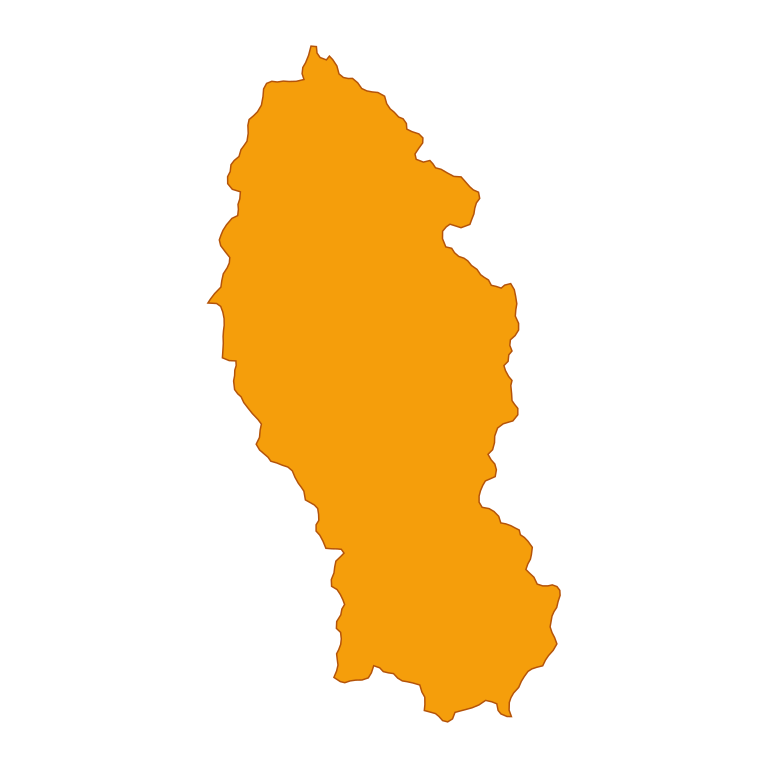 outline of Aiuruoca, Minas Gerais, Brazil
{"feature_id": "56859067B43172679748433", "entity_name": "Aiuruoca", "entity_type": "district", "adm_level": 2, "iso_a3": "BRA", "parent_name": "Brazil", "parent_adm1": "Minas Gerais", "projection": "orthographic", "projection_center": [-44.641, -21.953], "detail": "fine", "context": "isolated", "style": "filled", "palette": "amber", "viewbox_px": 768, "rotation_deg": 0, "n_neighbors": 0, "source": "geoboundaries", "source_scale": "gbopen_adm2", "svg_char_len": 4060}
<svg xmlns="http://www.w3.org/2000/svg" viewBox="0 0 768 768"><path d="M316.4,46.6L311.0,46.1L308.6,55.3L305.6,62.7L302.8,67.5L302.1,73.7L304.0,79.5L296.3,81.3L289.1,81.5L283.3,81.1L277.3,82.0L271.8,81.3L266.6,83.4L263.6,88.9L263.0,96.6L261.4,105.2L257.5,111.8L253.5,115.8L249.1,119.5L247.9,125.3L248.2,133.4L247.0,141.2L243.7,146.0L241.0,149.6L239.0,156.5L234.2,160.5L231.0,164.7L230.2,171.6L227.6,176.7L227.7,183.7L232.3,189.3L240.4,191.8L239.8,198.9L238.0,204.4L238.4,209.4L237.7,215.6L231.9,218.4L226.5,224.8L223.0,230.3L221.1,234.8L219.3,239.9L220.7,245.7L225.6,252.2L229.8,257.5L229.3,263.0L227.2,267.8L223.3,273.8L221.8,280.6L220.9,287.1L214.7,293.5L210.5,299.0L207.9,303.0L216.6,303.5L220.7,306.4L222.8,312.0L224.1,318.6L224.2,325.4L223.5,330.7L223.1,336.4L223.3,343.3L222.9,350.4L222.4,357.8L229.2,360.6L235.9,360.9L236.2,365.5L234.8,370.2L234.6,375.7L233.6,381.0L234.6,389.6L237.8,393.9L241.1,396.8L243.8,402.6L248.1,408.2L252.3,413.5L258.0,419.5L261.4,424.1L260.2,429.8L259.5,437.4L256.2,444.2L259.6,450.0L264.5,454.2L268.0,457.2L270.8,461.2L276.9,463.0L282.3,465.2L287.8,467.0L292.3,470.8L295.0,477.3L298.4,483.4L301.2,487.1L303.9,491.2L305.4,499.9L309.5,502.2L314.4,505.0L317.7,508.5L318.6,514.4L318.8,520.4L316.1,524.8L316.1,531.1L319.8,535.2L323.0,541.2L325.9,548.3L331.9,548.8L337.0,548.9L341.3,549.3L344.0,553.1L340.4,556.8L335.9,561.1L334.7,567.1L334.0,572.9L331.3,579.6L331.6,586.3L337.1,589.6L340.4,594.6L342.9,599.8L344.6,604.5L341.9,609.0L340.8,614.9L336.7,621.5L336.4,628.4L340.6,632.4L341.3,638.9L340.7,644.4L338.7,649.7L336.6,653.8L337.3,659.8L338.0,665.1L336.6,671.0L333.9,677.4L340.3,681.6L344.8,682.7L350.2,680.9L355.9,680.1L362.0,680.0L368.3,677.9L371.4,672.8L373.7,665.7L379.7,667.8L383.3,671.6L388.2,672.8L393.5,673.6L397.7,678.1L402.3,680.9L407.1,681.7L412.6,682.9L419.8,685.0L421.9,692.0L424.8,697.2L424.9,704.6L424.3,710.5L431.0,712.3L435.5,713.6L438.9,716.4L442.6,720.6L447.7,721.9L452.5,718.9L455.0,712.4L459.7,711.1L465.4,709.6L472.0,707.8L479.0,704.9L485.6,700.4L491.8,701.8L496.8,703.8L498.1,710.4L500.9,713.9L507.0,716.5L511.4,716.6L509.1,710.1L509.3,702.5L510.9,697.7L513.6,693.0L518.7,687.4L521.4,681.2L524.3,676.5L528.0,671.4L531.9,668.9L536.7,667.3L542.7,665.8L545.5,660.0L548.5,655.6L553.2,650.3L556.9,643.9L554.6,637.6L552.0,632.6L550.1,626.9L551.0,621.8L552.0,616.1L554.0,611.6L556.7,607.5L558.1,601.5L560.1,595.4L559.8,590.4L557.0,586.6L552.3,584.9L547.8,585.9L542.7,585.9L537.2,584.1L533.9,577.2L529.6,573.2L525.9,569.5L527.8,564.0L530.4,559.2L531.4,554.6L532.3,547.3L528.0,541.3L524.4,537.5L520.4,534.8L519.2,530.0L515.0,527.9L510.9,525.7L505.9,523.9L500.8,522.9L498.7,516.3L494.0,511.5L489.1,508.6L482.1,507.3L479.1,502.2L479.1,496.0L480.5,490.7L482.8,485.3L485.4,480.9L489.4,479.2L495.2,476.6L496.4,469.8L494.8,464.0L491.1,459.8L488.0,454.3L492.6,449.7L494.5,442.7L494.7,436.1L497.6,428.0L503.2,423.8L508.1,422.3L512.9,420.9L517.8,414.8L517.8,408.4L514.6,404.4L512.0,400.6L511.6,393.6L510.8,385.5L512.0,380.5L508.6,376.4L505.5,370.7L503.9,365.6L508.1,361.3L508.8,354.8L512.0,351.0L509.8,345.4L510.4,339.8L515.1,335.6L518.6,330.0L518.6,323.4L515.3,316.1L515.8,309.8L516.8,303.8L515.6,296.1L514.3,289.7L510.7,283.6L504.7,285.1L501.2,288.1L496.1,286.4L491.3,285.3L488.5,280.0L484.1,277.3L480.6,274.7L477.0,269.4L471.5,265.5L467.8,260.9L464.0,258.2L458.7,256.4L454.5,252.7L451.7,248.3L445.8,246.9L442.5,238.7L442.6,231.2L446.3,226.8L450.0,224.2L455.4,225.9L461.0,227.7L465.1,226.2L469.9,224.4L471.8,219.2L473.9,213.9L474.8,208.1L476.4,202.9L479.7,198.4L478.5,192.2L473.3,189.9L469.7,186.7L465.6,182.0L461.1,176.9L453.8,176.4L447.4,173.0L441.1,169.3L435.5,167.8L432.9,163.8L429.9,160.5L423.4,162.1L416.2,159.3L415.0,154.0L418.7,148.4L422.7,142.9L422.9,137.9L418.9,133.9L411.9,131.6L406.8,129.1L406.4,123.5L403.1,118.8L398.6,117.0L394.2,112.2L390.2,108.9L386.7,103.7L384.6,96.2L377.9,92.5L372.0,91.9L366.8,90.9L361.7,88.5L357.7,82.8L352.5,78.4L348.2,78.5L343.4,77.5L339.0,73.9L336.9,66.0L332.7,59.6L329.4,56.1L326.4,59.9L320.1,57.5L317.0,53.0L316.4,46.6Z" fill="#f59e0b" stroke="#b45309" stroke-width="1.5"/></svg>